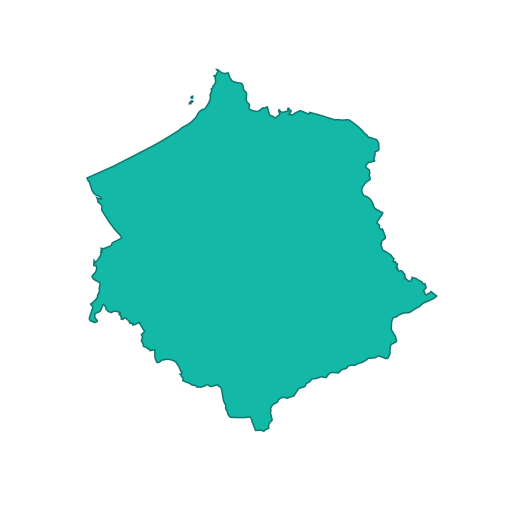 Cam Xuyen, Ha Tinh, Vietnam, rotated 287°
{"feature_id": "81297802B99684516055458", "entity_name": "Cam Xuyen", "entity_type": "district", "adm_level": 2, "iso_a3": "VNM", "parent_name": "Vietnam", "parent_adm1": "Ha Tinh", "projection": "orthographic", "projection_center": [106.007, 18.19], "detail": "fine", "context": "isolated", "style": "filled", "palette": "teal", "viewbox_px": 512, "rotation_deg": 287, "n_neighbors": 0, "source": "geoboundaries", "source_scale": "gbopen_adm2", "svg_char_len": 6140}
<svg xmlns="http://www.w3.org/2000/svg" viewBox="0 0 512 512"><g transform="rotate(287 256 256)"><path d="M422.8,163.6L422.5,163.8L422.7,165.2L421.4,165.6L416.3,164.7L416.4,163.4L415.9,163.2L415.5,163.5L415.6,164.6L413.5,165.2L411.9,166.1L409.9,166.5L407.7,166.2L406.3,165.3L403.8,165.3L402.9,164.4L401.5,164.7L400.8,165.8L398.7,164.9L397.3,165.3L396.5,164.9L395.5,165.9L394.5,165.7L393.2,166.5L392.6,166.2L392.2,166.6L390.3,166.0L389.7,166.3L381.9,164.2L380.2,161.7L378.0,159.9L375.5,158.9L370.9,158.0L365.0,154.8L361.9,152.4L356.9,147.6L353.2,145.2L339.7,133.4L332.3,126.4L300.5,93.8L281.1,71.5L278.4,74.0L278.5,74.7L270.8,80.0L268.6,82.5L267.4,85.5L267.4,88.9L266.3,90.4L265.9,91.7L265.5,91.7L264.9,90.7L265.2,86.7L263.3,88.4L262.2,88.6L261.1,89.6L259.9,93.0L257.7,94.5L255.8,94.6L254.4,95.4L245.5,105.8L239.7,113.8L236.1,120.2L234.0,122.4L226.8,115.0L226.1,114.6L223.6,114.6L218.5,108.2L218.0,105.6L216.6,107.0L215.6,106.2L214.6,107.5L213.9,106.6L213.2,107.3L209.8,106.9L205.0,105.4L202.9,104.3L204.4,102.5L199.4,103.6L199.9,106.2L197.3,107.4L193.7,107.3L189.8,105.4L189.0,105.1L188.1,105.3L186.2,107.6L184.9,113.9L184.0,114.9L182.8,115.3L179.5,115.4L178.5,115.7L177.9,116.2L175.4,116.7L175.0,116.4L174.6,116.7L173.2,116.0L172.8,116.3L172.0,116.0L171.5,116.3L169.3,116.3L168.6,115.8L167.6,115.8L166.4,114.8L164.7,114.1L161.8,112.0L161.2,112.2L160.0,114.4L158.9,115.0L148.8,114.7L146.8,115.1L145.6,116.5L145.5,119.0L145.0,120.5L145.5,121.8L146.6,123.1L147.8,123.2L149.6,120.4L151.2,119.4L153.0,118.9L154.6,119.7L156.9,122.5L158.1,123.3L163.4,123.9L164.5,123.7L165.0,124.1L164.6,125.6L163.5,126.8L161.6,127.9L160.1,130.0L159.7,131.2L159.6,134.3L161.5,136.0L162.2,137.2L162.2,142.6L161.3,143.0L160.6,142.1L160.1,142.1L159.9,143.4L158.4,144.5L157.7,145.6L156.3,145.5L156.4,147.3L157.5,147.7L158.6,148.9L158.5,149.7L156.3,154.3L156.0,154.6L155.4,154.5L155.4,155.1L154.9,155.3L155.6,157.7L155.2,158.0L154.4,157.9L153.9,158.4L154.5,159.3L155.0,159.2L154.9,160.3L158.3,163.6L151.1,171.6L147.4,169.3L145.3,171.2L144.4,170.9L143.5,171.7L141.6,171.0L138.3,174.3L137.4,174.2L136.5,175.5L136.7,176.5L135.4,181.5L134.5,182.4L136.7,186.5L129.3,189.1L125.5,192.0L125.2,192.8L125.4,193.5L126.6,195.0L128.9,196.4L131.6,201.9L131.9,205.6L131.6,208.8L131.0,210.5L127.9,214.4L123.7,217.9L123.1,219.3L122.7,219.4L121.7,218.9L120.8,217.9L120.3,219.1L119.3,219.6L118.5,220.6L118.0,222.3L115.9,222.3L115.3,222.6L114.8,229.7L113.9,232.6L114.5,235.8L113.4,238.2L114.0,239.2L114.3,241.5L116.8,245.2L118.8,246.7L118.9,247.5L117.9,249.8L118.0,250.8L118.4,252.0L121.6,256.8L120.5,258.5L120.1,260.5L119.0,261.7L107.9,267.4L104.1,270.9L101.9,271.3L100.9,271.8L98.8,274.0L96.2,275.6L94.3,278.4L94.6,280.2L97.7,291.1L100.3,297.5L98.7,299.4L96.7,300.5L89.0,306.6L90.9,311.6L90.7,314.8L92.7,315.9L94.9,318.5L97.4,317.6L100.4,317.7L103.6,319.4L104.6,319.1L110.1,315.7L112.3,315.5L114.5,314.5L116.2,314.7L119.0,315.7L122.2,319.0L125.5,319.7L127.7,321.6L128.9,323.7L129.2,327.7L130.9,329.6L133.2,333.1L141.3,335.4L142.3,336.3L145.2,340.7L146.0,341.1L148.6,341.3L151.3,344.0L155.1,345.7L155.9,348.4L158.4,352.2L159.5,353.1L160.2,358.6L164.1,360.0L165.6,360.9L166.8,362.7L168.1,367.5L168.2,369.0L172.7,371.5L174.2,374.4L175.8,375.8L177.1,375.9L178.5,377.2L179.7,379.5L179.9,381.3L180.6,382.7L183.1,385.2L185.5,388.8L189.0,392.1L190.7,393.0L191.5,393.8L191.8,396.0L192.9,397.8L193.5,399.7L196.0,402.0L196.4,402.9L195.9,410.3L196.4,411.5L197.5,412.2L201.5,412.7L205.4,411.6L209.7,410.9L211.0,411.2L214.7,415.0L215.9,415.3L219.7,413.0L225.2,406.9L232.7,404.9L236.8,405.1L237.6,405.8L239.0,408.3L241.1,409.5L244.7,413.9L246.4,418.6L247.7,420.1L252.8,424.3L254.8,426.6L259.5,429.5L266.1,437.1L268.2,439.1L270.6,440.5L273.2,433.7L271.7,433.3L270.9,432.1L268.7,430.6L269.1,428.7L269.4,428.3L270.9,427.7L271.7,426.2L274.6,427.8L275.5,427.9L276.7,427.4L277.3,426.4L278.7,425.9L278.8,425.4L278.3,423.6L279.8,422.1L280.3,419.0L281.3,415.4L281.1,411.5L280.2,412.1L279.2,411.4L277.7,411.7L276.5,409.9L277.9,406.2L277.7,405.0L279.1,405.2L279.8,404.3L281.7,403.8L282.4,403.2L282.7,402.0L283.4,401.6L284.6,399.1L283.4,397.1L283.4,396.2L285.8,395.2L285.8,394.9L284.9,394.7L285.0,394.1L286.3,393.1L287.5,394.0L288.6,393.6L289.6,393.7L290.0,392.8L289.6,392.2L291.4,391.0L290.4,389.4L292.1,388.5L293.5,388.9L293.6,388.4L296.4,384.7L298.4,377.6L298.4,376.0L299.4,374.9L304.1,371.7L304.9,372.5L305.9,371.8L307.3,372.1L310.7,374.4L312.3,374.0L318.6,369.2L318.8,368.9L318.1,368.4L318.0,367.8L318.7,366.0L319.7,365.3L321.0,365.4L321.6,365.0L322.9,362.0L325.8,362.3L332.7,364.5L334.0,364.6L334.7,364.3L334.7,362.0L335.5,359.9L335.5,358.1L336.8,355.0L337.5,354.2L339.7,353.1L342.8,349.9L344.5,347.2L345.4,343.3L345.1,341.6L347.6,339.1L349.5,338.0L352.2,337.5L358.3,339.4L362.6,342.8L364.1,342.3L365.8,340.6L368.1,340.7L371.3,339.4L372.8,335.4L374.1,334.7L375.7,335.0L378.6,336.4L379.5,338.6L380.4,339.6L381.0,341.2L381.7,341.6L382.7,340.4L387.1,340.3L390.4,339.4L392.5,341.9L393.8,342.4L399.7,340.3L402.3,337.6L402.6,336.6L402.6,328.5L404.4,326.2L404.8,324.2L407.2,320.7L409.8,315.3L413.1,306.2L413.3,304.3L411.1,298.7L410.2,294.0L409.2,291.8L409.4,277.2L409.1,266.7L409.0,265.3L407.1,265.1L408.0,255.9L404.5,251.9L401.3,249.5L401.6,247.1L400.9,246.5L401.2,246.0L404.7,247.3L405.2,247.1L405.7,245.3L406.9,244.1L406.2,243.3L404.2,244.2L401.8,240.7L401.1,238.7L401.1,237.5L401.4,236.8L402.7,235.8L402.4,235.2L400.9,235.4L398.9,237.3L396.2,236.0L395.6,235.3L394.1,234.6L393.5,233.7L393.5,233.0L394.5,232.0L394.6,228.0L401.8,223.3L401.6,222.4L400.0,221.3L399.8,219.4L394.7,215.6L394.0,211.3L394.1,208.8L394.6,206.8L395.3,206.0L396.5,205.7L397.6,206.0L398.7,205.5L399.5,204.7L400.4,202.7L402.2,201.1L408.4,199.6L409.7,198.7L410.5,196.7L411.7,195.4L415.1,193.8L416.6,192.2L416.9,191.0L416.4,188.3L416.1,183.6L416.6,181.7L418.8,179.0L423.0,175.9L421.4,172.8L421.1,170.2L421.4,168.6L422.9,165.6L422.8,163.6ZM383.9,147.9L382.7,147.6L382.1,147.8L382.6,148.2L382.7,149.2L383.8,148.8L385.1,150.5L385.7,149.9L385.8,149.4L385.4,148.8L384.7,148.7L383.9,147.9ZM388.8,147.5L388.1,147.9L388.8,148.4L387.6,149.4L388.2,149.0L390.3,148.9L389.6,147.6L388.8,147.5Z" fill="#14b8a6" stroke="#0f766e" stroke-width="1.5"/></g></svg>